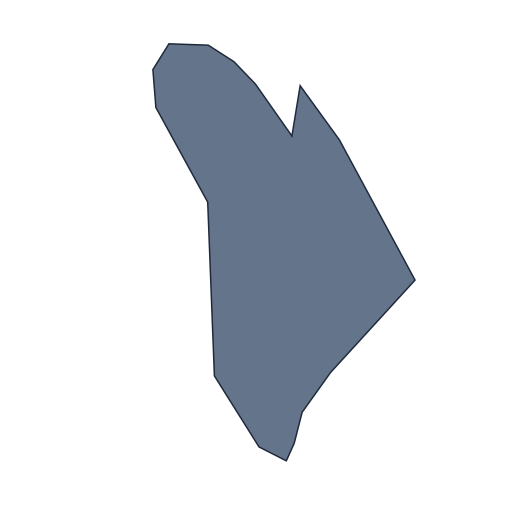 outline of Neutral Zone, rotated 19°
{"feature_id": "ARE-347", "entity_name": "Neutral Zone", "entity_type": "Emirate", "adm_level": 1, "iso_a3": "ARE", "parent_name": "United Arab Emirates", "parent_adm1": "", "projection": "mercator", "projection_center": [56.031, 24.808], "detail": "fine", "context": "isolated", "style": "filled", "palette": "slate", "viewbox_px": 512, "rotation_deg": 19, "n_neighbors": 0, "source": "natural_earth", "source_scale": "10m", "svg_char_len": 392}
<svg xmlns="http://www.w3.org/2000/svg" viewBox="0 0 512 512"><g transform="rotate(19 256 256)"><path d="M250.9,130.9L242.3,80.6L297.1,119.1L414.2,227.0L364.4,341.9L350.5,388.7L353.1,420.6L351.4,439.1L351.3,439.8L321.1,435.6L255.7,382.9L192.8,220.8L113.0,148.2L97.8,113.3L104.6,83.7L142.2,72.2L172.0,79.5L199.6,93.7L250.9,130.9Z" fill="#64748b" stroke="#1e293b" stroke-width="1.5"/></g></svg>